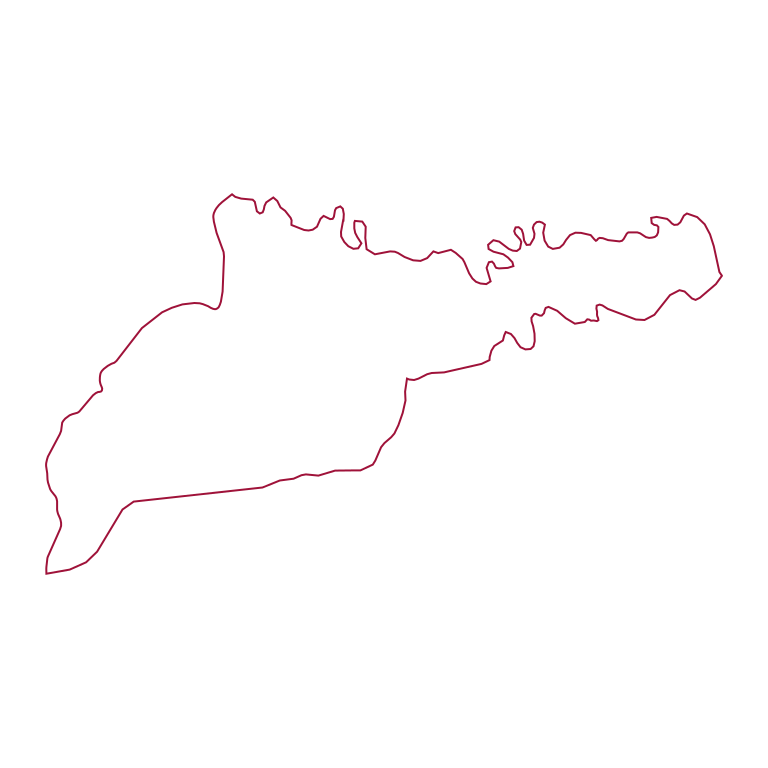 outline of Chernivtsi
{"feature_id": "UKR-288", "entity_name": "Chernivtsi", "entity_type": "Region", "adm_level": 1, "iso_a3": "UKR", "parent_name": "Ukraine", "parent_adm1": "", "projection": "mercator", "projection_center": [26.206, 48.196], "detail": "fine", "context": "isolated", "style": "outline", "palette": "rose", "viewbox_px": 768, "rotation_deg": 0, "n_neighbors": 0, "source": "natural_earth", "source_scale": "10m", "svg_char_len": 4239}
<svg xmlns="http://www.w3.org/2000/svg" viewBox="0 0 768 768"><path d="M489.5,360.1L481.5,363.9L448.4,371.4L444.1,372.4L431.7,373.0L427.2,374.2L418.5,378.6L414.1,380.0L409.2,379.5L407.0,378.6L405.1,391.6L405.5,400.5L402.7,412.9L398.4,425.2L394.4,433.5L391.2,437.2L384.4,443.1L381.1,447.2L375.3,460.6L372.8,464.6L360.4,470.4L354.3,470.4L335.1,470.6L318.4,475.6L305.9,474.4L301.5,475.2L293.6,478.7L279.8,480.5L262.5,487.5L133.7,501.6L122.5,509.5L97.1,551.7L86.1,562.3L69.7,569.6L50.0,573.1L46.4,573.7L46.3,568.9L46.4,566.9L47.4,558.1L47.8,556.8L60.1,529.1L61.1,525.9L61.1,524.4L61.1,522.8L60.8,521.3L60.5,519.9L60.1,518.6L58.0,513.8L57.3,511.1L57.1,509.6L57.1,501.3L56.8,499.8L56.5,498.5L56.0,497.3L55.4,496.2L51.4,491.2L50.7,490.1L50.1,489.0L48.0,482.5L47.5,479.6L47.2,473.2L46.1,466.0L46.1,464.4L46.2,463.1L47.0,459.5L47.9,456.6L59.8,434.2L61.1,430.9L62.0,424.1L62.2,422.6L63.4,420.7L65.2,418.6L69.6,415.3L72.3,414.2L77.3,412.8L78.4,412.2L79.4,411.4L93.0,395.3L95.8,393.1L98.1,392.0L99.6,391.9L101.0,391.5L101.9,390.5L102.2,388.7L101.8,387.3L100.7,384.7L100.3,383.4L100.0,382.0L99.8,380.5L99.9,377.1L100.1,375.5L100.4,373.9L100.9,372.5L102.0,370.8L103.8,368.9L107.7,365.9L111.4,363.8L114.4,362.7L116.5,360.9L141.9,328.1L162.1,312.3L171.8,307.8L182.4,304.4L194.4,303.0L199.7,303.3L202.8,304.1L208.1,306.2L210.7,307.8L213.0,308.8L214.4,309.1L215.9,309.1L217.3,308.4L218.6,307.3L219.8,304.9L220.9,301.7L222.6,291.6L224.0,256.4L223.6,252.1L216.6,232.9L213.9,221.7L213.3,217.0L213.4,215.2L213.9,213.1L215.3,210.0L216.5,208.1L218.9,205.1L222.1,202.1L232.0,194.3L235.3,196.9L241.2,198.6L252.7,199.7L254.8,201.8L256.9,211.3L259.8,213.5L262.7,212.3L263.8,209.5L264.5,205.9L266.2,202.4L273.3,197.5L277.3,201.0L280.5,207.4L285.1,210.8L290.6,217.8L291.6,220.3L291.4,223.9L291.5,225.0L304.2,230.0L308.5,230.5L312.7,229.7L317.0,226.7L320.5,218.8L323.6,215.9L330.1,219.1L332.6,218.9L333.9,216.8L335.0,210.3L336.2,208.1L340.3,206.4L342.8,208.7L343.8,214.0L343.4,221.6L343.4,218.9L341.0,232.0L341.2,236.5L344.3,242.0L348.3,246.2L353.4,248.8L358.2,248.3L361.4,243.3L357.3,237.0L355.2,232.9L354.3,228.4L354.3,222.7L354.9,220.9L362.3,221.6L365.7,226.7L365.3,238.0L366.6,249.2L374.9,254.3L390.1,251.4L394.8,251.7L398.0,253.0L404.6,257.0L413.1,260.3L420.5,260.9L427.2,258.1L433.4,251.4L438.2,253.1L450.9,249.8L455.7,252.9L462.6,259.0L464.4,262.2L469.1,273.3L472.4,278.5L476.0,281.8L480.4,283.5L486.3,284.1L490.6,281.4L486.6,267.9L488.9,262.2L492.0,261.6L493.9,263.6L495.1,266.3L496.2,267.9L499.0,268.4L507.8,267.9L513.4,266.1L512.4,262.2L508.0,257.6L503.4,254.3L493.5,251.7L488.6,249.0L488.1,244.8L493.4,240.2L499.2,241.6L508.8,248.9L512.7,250.6L516.8,251.0L520.0,248.6L521.3,242.0L520.2,239.6L515.3,234.1L514.2,231.1L515.6,227.4L518.6,227.2L521.7,229.7L523.1,233.8L524.1,240.5L526.6,244.9L530.1,244.7L534.0,237.9L534.5,233.8L532.8,227.9L534.0,224.6L536.6,222.1L539.4,221.7L542.2,222.6L544.9,224.6L543.2,232.7L544.6,240.6L548.2,246.6L552.8,248.9L559.6,247.7L563.3,244.4L566.1,239.9L570.0,235.1L575.4,232.7L581.1,232.9L590.7,235.1L594.3,239.3L595.9,240.8L597.0,240.1L598.1,238.7L599.6,237.9L602.8,238.2L608.1,240.1L619.5,241.4L622.0,240.8L623.7,239.0L626.8,233.6L628.3,232.4L637.3,232.4L640.1,233.3L645.9,237.1L649.1,237.9L652.1,237.6L654.7,237.0L656.8,235.4L658.1,232.4L658.4,227.0L656.8,225.3L654.2,224.9L651.7,223.1L651.2,217.9L656.6,216.9L667.1,218.9L669.6,221.0L671.8,223.4L674.2,224.9L677.6,224.6L680.3,222.3L683.9,215.6L686.9,213.5L697.2,217.1L704.7,224.3L710.0,234.3L713.8,246.2L719.4,272.0L721.9,275.7L721.9,275.8L715.9,284.1L700.0,297.7L695.6,299.9L692.0,298.5L684.6,291.5L679.5,290.2L670.0,295.1L655.8,313.0L654.4,314.8L644.5,320.0L635.9,319.5L607.8,308.9L602.4,305.4L599.6,304.6L596.7,305.6L596.4,308.5L597.1,311.8L597.0,314.4L597.2,316.0L598.1,318.2L598.4,320.2L597.0,321.1L593.8,320.5L591.0,320.7L589.2,319.6L587.3,319.3L584.8,322.0L574.9,323.7L565.8,318.2L557.2,310.8L548.5,306.9L545.7,307.9L544.7,310.3L544.0,313.2L541.7,315.6L539.9,315.6L535.6,313.8L534.2,314.0L531.4,317.8L531.6,321.4L533.1,326.1L534.5,333.7L534.7,341.2L533.5,346.3L530.6,349.0L525.4,349.4L520.5,347.2L517.2,342.9L514.5,338.1L510.9,334.0L505.7,332.0L504.2,335.4L502.9,340.5L494.3,346.0L491.4,350.7L489.7,356.9L489.5,360.1Z" fill="none" stroke="#9f1239" stroke-width="2"/></svg>